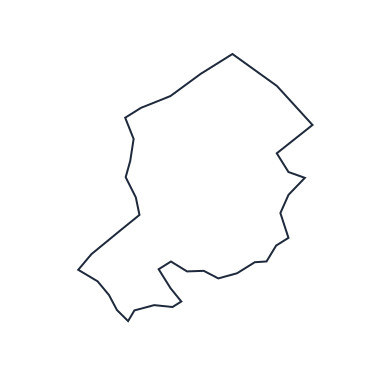 an SVG outline of Uroševac, rotated 328°
{"feature_id": "KOS-5913", "entity_name": "Uroševac", "entity_type": "District", "adm_level": 1, "iso_a3": "XKX", "parent_name": "Kosovo", "parent_adm1": "", "projection": "mercator", "projection_center": [21.096, 42.361], "detail": "fine", "context": "isolated", "style": "outline", "palette": "slate", "viewbox_px": 384, "rotation_deg": 328, "n_neighbors": 0, "source": "natural_earth", "source_scale": "10m", "svg_char_len": 634}
<svg xmlns="http://www.w3.org/2000/svg" viewBox="0 0 384 384"><g transform="rotate(328 192 192)"><path d="M187.2,284.8L168.5,279.2L160.2,265.1L145.7,256.7L137.3,239.8L122.8,239.8L122.8,262.3L124.9,279.2L114.5,279.2L100.0,267.9L80.4,261.9L69.4,267.6L65.8,252.3L67.0,235.4L64.6,217.7L54.3,197.7L73.8,191.4L112.4,186.4L135.3,183.6L141.5,166.8L143.6,144.3L156.0,133.0L170.6,116.1L174.7,93.6L193.4,93.6L224.6,99.2L262.0,96.4L299.4,96.4L320.2,147.1L329.7,199.0L284.4,204.1L284.4,226.2L295.2,239.8L272.4,245.5L255.8,256.7L249.5,282.0L235.0,282.0L218.4,290.4L208.0,284.8L187.2,284.8Z" fill="none" stroke="#1e293b" stroke-width="2"/></g></svg>